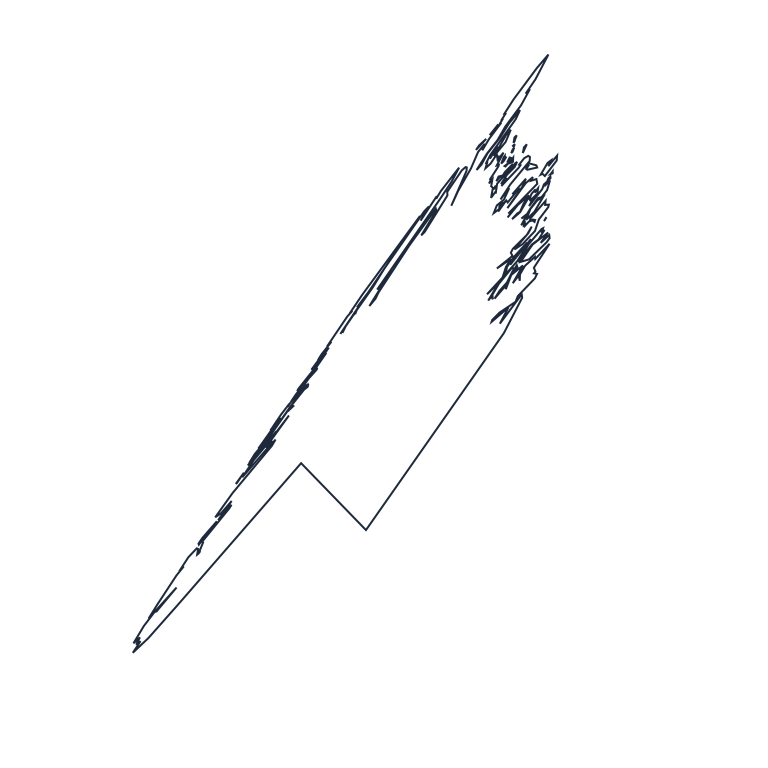 map outline of Nationalparken (Equal Earth projection), rotated 305°
{"feature_id": "GRL-2742", "entity_name": "Nationalparken", "entity_type": "state/province", "adm_level": 1, "iso_a3": "GRL", "parent_name": "Greenland", "parent_adm1": "", "projection": "equal_earth", "projection_center": [-27.197, 77.317], "detail": "fine", "context": "isolated", "style": "outline", "palette": "slate", "viewbox_px": 768, "rotation_deg": 305, "n_neighbors": 0, "source": "natural_earth", "source_scale": "10m", "svg_char_len": 6185}
<svg xmlns="http://www.w3.org/2000/svg" viewBox="0 0 768 768"><g transform="rotate(305 384 384)"><path d="M533.9,447.7L494.5,453.0L254.0,453.0L271.6,361.5L84.1,341.7L40.6,336.7L19.8,332.4L33.7,332.1L28.4,330.5L36.4,329.4L27.9,327.5L48.1,326.1L65.5,326.8L67.2,328.1L98.3,330.8L56.9,325.7L73.8,324.8L108.0,323.8L119.8,324.6L113.1,323.7L130.0,323.1L142.0,324.9L142.2,326.4L137.1,328.8L138.8,329.3L141.8,329.4L139.3,329.2L150.4,326.7L150.4,325.5L193.1,328.6L197.6,328.4L177.4,326.2L200.8,326.3L184.8,324.7L178.0,322.2L207.9,322.5L269.1,327.6L276.3,327.0L265.7,325.8L273.4,325.0L267.9,324.4L271.4,323.7L303.7,324.2L281.9,323.3L283.5,322.9L254.8,320.4L308.0,320.5L306.2,320.8L313.9,322.4L313.8,321.2L310.1,320.7L314.7,320.6L333.8,321.8L337.8,323.1L340.5,322.2L336.9,321.8L339.0,321.4L337.9,320.9L323.3,320.4L252.0,319.9L239.1,319.2L252.0,319.4L241.9,318.9L252.5,318.3L264.6,319.3L289.4,319.4L259.0,318.1L297.0,318.3L280.7,317.6L299.8,317.2L313.4,317.8L310.1,318.3L313.9,318.0L327.7,319.0L345.5,319.2L357.1,320.6L359.1,320.0L349.7,319.0L376.5,318.9L354.7,318.5L382.2,317.9L356.5,317.6L354.0,317.3L356.4,316.9L354.1,316.3L369.1,316.7L365.6,316.2L372.4,315.8L388.5,316.7L382.1,315.8L418.3,315.2L425.8,316.1L422.3,315.4L445.0,315.0L542.3,317.1L449.4,318.5L431.3,317.9L444.9,318.6L400.0,319.5L404.6,319.6L402.0,320.6L409.5,319.5L422.8,319.4L425.7,319.8L424.7,320.3L428.8,319.3L456.5,319.4L478.9,318.1L548.5,317.9L555.2,318.9L538.8,320.3L566.9,319.5L568.2,319.6L565.6,319.7L567.7,320.2L565.6,320.5L574.7,319.9L604.3,321.4L588.5,323.3L567.7,323.8L457.4,324.2L481.4,325.0L439.5,327.3L449.0,328.1L455.8,327.0L512.2,325.3L557.3,325.9L556.1,327.4L527.1,329.3L532.0,330.1L574.8,327.8L577.7,325.6L603.6,325.2L608.5,326.4L608.9,327.6L605.8,329.4L568.6,336.9L584.6,334.0L610.4,331.6L628.0,328.0L638.5,328.7L631.8,330.5L645.2,329.5L665.2,330.2L664.0,329.6L669.8,329.2L666.8,328.9L674.8,328.5L674.3,327.6L691.4,326.9L730.7,328.0L748.2,329.7L720.4,333.3L703.1,333.5L709.3,334.4L691.0,336.4L664.5,335.7L649.0,337.1L632.2,336.2L612.4,337.1L619.6,338.0L632.0,336.5L652.9,337.7L669.6,336.9L686.4,338.3L676.6,340.0L632.5,339.7L622.5,341.1L625.5,341.2L619.0,343.4L625.8,344.9L636.9,344.6L631.6,349.6L636.2,347.6L636.8,348.7L642.1,349.2L627.7,351.0L629.4,352.3L627.8,352.9L611.8,353.5L613.8,354.2L608.5,355.0L613.8,355.4L607.4,358.4L607.2,360.7L597.9,364.9L605.6,365.1L604.0,366.3L612.9,361.8L640.1,364.9L642.3,365.6L636.8,366.6L625.7,364.7L614.9,365.2L623.1,366.5L620.3,367.1L613.5,366.6L638.4,370.3L641.5,370.3L641.1,368.9L649.3,369.3L653.6,371.3L653.7,373.3L650.3,375.4L620.1,373.0L602.0,373.6L616.3,374.2L603.8,376.5L595.0,374.0L587.0,375.9L593.4,378.0L596.0,376.5L601.1,377.1L596.9,377.5L602.8,378.5L590.7,378.7L604.5,378.8L603.7,381.2L622.3,382.5L613.0,380.3L633.6,382.5L624.7,384.2L598.8,384.2L629.8,384.9L638.9,387.3L634.9,387.9L639.3,391.3L635.9,394.7L594.9,388.1L608.0,390.7L591.3,389.7L607.7,391.0L621.8,394.7L611.7,394.9L603.0,396.7L600.4,395.4L592.6,394.3L593.0,394.5L602.9,397.0L619.4,395.5L618.3,398.5L620.8,399.9L613.0,400.8L634.5,401.8L639.2,400.5L641.3,401.0L639.6,402.2L646.0,403.2L636.3,406.4L627.5,405.9L624.7,403.6L611.2,403.3L605.5,403.7L598.4,401.6L603.3,404.1L592.7,405.4L598.8,405.7L594.8,407.4L597.3,408.1L592.6,408.5L600.3,409.6L603.1,411.7L603.1,414.3L605.0,413.7L604.0,411.4L601.5,409.9L603.4,408.9L626.7,411.3L623.1,413.3L625.5,416.2L623.1,417.1L607.6,416.5L595.9,419.9L578.2,417.3L569.0,413.7L590.3,415.7L597.7,414.7L588.1,415.5L568.6,412.0L564.3,412.6L562.6,415.8L543.4,410.2L559.1,416.1L549.7,416.8L539.3,420.0L516.6,416.9L532.7,420.1L512.1,421.5L517.1,421.8L515.8,424.5L519.3,421.6L531.9,420.6L553.5,422.2L552.3,424.3L537.6,426.5L526.7,425.2L517.3,425.6L534.1,427.2L531.6,429.4L546.3,425.7L560.8,429.8L540.4,431.7L550.1,432.1L546.4,436.0L551.8,432.5L561.7,431.7L574.8,434.7L573.2,436.2L593.8,439.2L565.2,440.1L563.0,443.5L560.7,443.4L562.0,446.2L557.1,447.0L532.8,443.2L526.8,444.6L508.8,437.7L498.5,435.9L496.6,436.5L518.2,442.0L499.9,444.3L536.4,445.4L533.9,447.7ZM246.8,321.0L273.4,323.2L264.0,324.2L268.6,325.0L264.2,325.3L226.3,321.4L246.8,321.0ZM602.2,431.6L589.5,431.4L600.8,433.9L598.5,436.0L593.4,435.9L569.2,431.3L562.4,425.9L583.4,425.7L602.2,431.6ZM561.7,422.7L543.3,420.7L550.5,417.6L562.6,417.5L582.0,420.1L554.7,418.8L554.1,419.0L587.0,421.2L561.7,422.7ZM633.7,343.4L657.9,341.2L665.0,342.0L652.0,344.8L633.7,343.4ZM602.3,427.1L591.0,427.7L583.0,425.1L560.8,424.1L581.7,422.3L601.5,424.2L602.8,424.9L598.2,426.1L602.3,427.1ZM622.3,404.2L628.6,407.1L611.3,408.4L600.1,406.3L611.3,403.5L622.3,404.2ZM670.4,394.8L666.1,397.3L646.6,396.5L647.1,393.2L645.4,392.3L658.9,391.2L662.8,392.5L656.7,393.7L670.4,394.8ZM146.2,324.5L146.9,323.6L153.6,323.5L175.7,325.8L146.2,324.5ZM650.5,383.4L649.2,385.3L641.7,378.5L641.7,377.2L646.7,377.1L641.9,375.4L648.0,376.3L650.5,383.4ZM632.8,397.9L628.0,400.4L619.6,398.8L620.7,396.5L624.6,395.8L630.4,396.5L627.2,397.7L632.8,397.9ZM643.4,327.1L628.5,325.1L634.2,325.1L643.4,327.1ZM331.0,316.6L357.0,318.2L328.3,317.0L331.0,316.6ZM329.9,317.9L347.8,318.3L342.3,318.9L329.9,317.9ZM643.9,340.9L629.3,341.5L634.4,340.1L643.9,340.9ZM325.5,317.8L339.5,319.0L316.5,317.9L325.5,317.8ZM662.3,363.5L652.8,365.2L658.2,362.9L662.3,363.5ZM626.9,361.5L638.3,363.3L619.6,361.9L626.9,361.5ZM642.4,356.9L640.3,358.3L643.0,359.3L637.4,359.1L637.0,357.7L642.4,356.9ZM662.2,328.7L649.5,328.0L648.5,327.8L662.2,328.7ZM231.0,320.1L218.3,320.3L217.2,319.9L231.0,320.1ZM640.5,353.8L635.1,354.2L631.8,353.6L638.4,352.0L640.0,352.1L637.7,353.4L640.2,353.5L636.7,353.6L640.5,353.8ZM663.8,350.1L659.9,351.0L657.8,351.7L655.8,351.8L660.8,349.5L663.8,350.1ZM649.5,401.2L648.2,402.3L642.1,401.8L646.8,400.7L649.5,401.2ZM640.0,362.2L636.7,360.0L643.5,360.0L640.0,362.2ZM557.5,424.6L556.0,426.5L549.4,425.6L552.4,424.9L557.5,424.6ZM621.1,360.1L617.8,360.1L614.6,359.7L619.7,358.9L621.1,360.1ZM636.2,359.2L631.8,358.7L631.7,357.8L636.2,359.2ZM652.2,355.1L648.3,356.1L646.1,355.8L649.9,354.9L652.2,355.1ZM608.5,362.8L607.1,362.1L610.7,361.7L608.5,362.8ZM652.6,354.3L653.1,353.0L655.5,353.6L652.6,354.3ZM654.9,400.2L653.3,401.3L651.6,400.0L653.4,400.2L654.9,400.2ZM609.2,421.7L613.2,421.3L613.7,421.5L609.2,421.7Z" fill="none" stroke="#1e293b" stroke-width="2"/></g></svg>